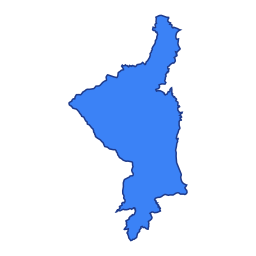 the district of Florián, Santander, Colombia, rotated 90°
{"feature_id": "7082276B44314781423547", "entity_name": "Florián", "entity_type": "district", "adm_level": 2, "iso_a3": "COL", "parent_name": "Colombia", "parent_adm1": "Santander", "projection": "orthographic", "projection_center": [-73.956, 5.787], "detail": "fine", "context": "isolated", "style": "filled", "palette": "blue", "viewbox_px": 256, "rotation_deg": 90, "n_neighbors": 0, "source": "geoboundaries", "source_scale": "gbopen_adm2", "svg_char_len": 5719}
<svg xmlns="http://www.w3.org/2000/svg" viewBox="0 0 256 256"><g transform="rotate(90 128 128)"><path d="M17.2,100.1L18.6,99.7L22.0,100.0L23.3,99.5L23.9,100.6L24.6,101.0L27.3,100.4L27.6,100.6L27.8,101.4L27.2,102.9L29.6,103.4L30.3,102.9L30.5,102.5L30.4,101.2L32.2,100.1L32.0,99.4L32.2,99.0L33.2,99.0L34.0,98.5L34.6,98.4L37.2,99.3L38.0,99.1L39.6,99.8L40.5,100.6L42.5,100.7L43.9,101.2L46.9,103.2L48.6,104.0L49.6,103.7L50.9,104.6L52.1,104.7L53.5,105.9L55.4,105.7L56.3,106.1L57.3,106.3L60.9,108.5L61.8,109.7L64.3,110.5L64.6,111.0L62.4,113.3L64.0,115.2L64.6,118.8L66.5,120.3L66.6,121.1L66.1,121.5L66.1,122.2L65.5,123.2L65.5,123.5L66.3,124.3L65.8,124.9L66.1,125.5L65.4,126.5L65.6,126.8L66.7,127.0L66.9,127.3L66.2,128.5L65.6,128.8L65.6,130.1L64.9,130.5L65.6,131.6L65.9,132.9L65.1,133.7L66.1,134.4L68.8,132.6L69.7,132.5L70.2,134.6L71.6,136.2L72.4,137.5L72.8,137.8L76.0,138.2L77.5,139.0L77.6,139.3L76.8,142.4L74.8,148.3L75.4,149.0L77.1,149.9L79.5,149.5L80.4,149.6L81.1,151.4L82.5,153.4L84.7,155.3L85.7,156.4L86.0,157.6L86.1,160.0L88.4,161.9L88.7,162.6L89.3,166.4L89.3,168.8L89.7,169.8L90.7,170.9L91.5,172.2L92.0,172.8L92.0,173.1L92.2,173.4L93.1,173.8L94.8,175.3L94.6,177.1L94.7,179.6L96.9,180.9L98.9,181.3L98.8,182.5L99.0,183.0L100.3,184.1L101.1,184.2L102.3,186.4L102.6,186.8L103.3,187.0L104.8,186.7L105.9,185.3L106.0,184.7L108.2,183.1L109.1,179.7L109.8,178.8L111.8,177.0L112.7,176.6L114.8,174.9L116.3,174.3L117.0,172.3L117.3,172.1L120.9,170.3L121.8,169.0L124.1,168.6L124.8,166.8L126.6,165.2L127.7,164.6L128.7,163.2L129.2,162.9L129.6,162.9L130.4,162.4L131.9,162.4L133.4,161.4L134.6,161.2L135.4,160.6L136.6,160.5L138.1,158.6L139.9,155.6L141.7,154.1L142.5,153.0L146.5,151.3L147.2,148.5L148.9,146.5L149.7,142.8L149.7,140.9L150.1,140.4L150.7,139.8L151.7,139.7L152.7,138.8L155.1,138.1L156.2,137.2L157.5,136.6L158.8,134.4L160.2,132.8L161.2,130.1L161.1,128.0L161.8,124.5L162.0,124.0L162.6,123.5L165.3,123.4L166.5,123.0L170.1,124.3L171.8,123.9L173.2,123.0L174.0,122.7L175.0,122.9L175.7,123.3L176.0,125.9L177.0,126.6L179.5,131.5L180.5,132.0L182.9,132.7L186.7,132.6L190.8,133.3L193.4,133.2L194.1,133.0L195.1,132.3L196.3,132.0L197.9,132.3L198.8,132.0L199.5,131.2L200.1,131.0L201.6,131.0L202.8,131.8L202.3,132.9L203.3,134.2L205.3,134.0L206.4,136.4L206.9,136.6L207.7,135.9L208.3,136.1L209.7,137.5L209.8,138.5L211.9,139.8L211.8,139.3L210.6,138.2L210.8,135.9L209.5,133.4L209.3,132.5L209.7,131.5L209.7,129.3L209.3,127.5L208.6,126.4L208.8,125.0L209.3,124.3L207.8,122.3L207.9,121.3L208.7,121.1L208.9,121.3L209.2,120.6L210.1,120.9L210.9,120.4L213.9,121.5L214.7,122.1L214.9,122.8L214.7,123.5L215.5,123.8L215.4,124.3L216.1,124.8L216.3,125.6L217.9,126.9L218.3,127.0L218.8,126.7L219.9,128.1L220.7,129.9L221.0,130.1L222.3,129.3L222.8,129.6L223.4,129.5L224.1,129.7L224.7,129.3L225.9,129.2L229.3,131.8L229.5,131.6L229.3,129.5L228.8,127.7L230.2,127.9L231.7,128.0L232.0,128.6L233.0,129.0L233.7,128.2L234.6,128.2L235.7,127.6L237.9,127.2L240.6,125.2L240.1,123.8L239.4,123.4L239.3,122.0L237.5,119.4L233.4,118.5L231.6,116.6L231.1,116.3L230.0,116.6L228.1,114.9L227.2,115.2L226.9,115.0L226.4,113.8L227.6,112.8L227.3,111.5L228.7,109.7L229.2,108.5L229.1,107.8L227.5,107.8L226.7,107.3L224.7,107.4L223.7,107.1L221.4,107.6L220.5,106.1L219.0,104.5L218.1,104.1L217.3,104.0L215.8,104.8L214.4,105.2L213.3,106.1L212.1,104.3L212.0,103.2L212.7,101.5L212.4,98.9L211.0,95.6L210.5,95.7L210.2,96.1L208.6,96.1L208.4,95.7L208.1,95.8L208.1,96.4L207.4,96.5L207.5,97.0L207.2,97.1L207.0,96.7L206.6,96.9L206.8,97.1L206.1,97.4L206.3,97.7L205.1,97.5L204.7,97.9L204.9,98.2L204.0,98.7L203.5,99.6L203.0,99.7L202.8,99.2L202.7,99.6L202.3,99.6L202.0,100.1L201.2,99.9L201.1,100.4L200.3,100.6L200.2,101.1L199.7,101.4L198.3,100.7L197.4,98.3L197.3,96.2L196.5,94.4L195.6,93.3L194.5,91.3L194.5,90.1L194.8,89.5L195.3,87.6L194.9,86.0L195.0,82.9L193.1,79.8L192.7,78.1L192.9,77.2L194.1,75.6L194.1,72.3L194.5,71.1L193.6,69.6L192.5,69.0L191.2,69.1L190.2,69.4L189.8,70.0L187.9,71.1L187.5,71.1L186.5,70.1L185.0,69.3L184.8,70.1L183.6,72.4L182.3,73.7L181.1,74.4L179.2,75.0L177.1,75.3L174.9,74.7L173.9,74.9L162.6,79.4L156.3,79.9L152.8,79.8L150.2,80.4L146.6,79.6L143.3,79.2L141.6,78.4L139.9,78.5L139.0,77.9L138.5,77.9L138.5,78.2L139.0,78.9L138.9,79.4L138.5,79.7L137.4,79.5L134.9,79.0L132.7,78.0L129.7,77.2L128.8,76.3L128.1,76.1L125.1,76.9L121.6,76.9L120.2,76.1L120.1,74.7L119.9,74.7L118.1,75.9L117.5,75.7L117.2,74.5L116.5,74.6L115.7,75.3L115.4,76.2L114.8,75.4L113.4,75.3L113.2,74.1L112.3,73.8L112.7,76.6L112.2,76.6L110.3,78.1L107.9,78.3L106.7,76.4L105.8,76.9L106.0,77.8L105.4,78.2L102.7,78.0L102.1,78.2L100.8,80.1L100.5,80.2L99.2,79.5L98.6,79.9L98.2,80.7L96.7,81.5L97.0,82.4L96.0,82.9L94.8,84.0L93.9,83.4L93.2,84.3L92.2,84.0L91.5,84.3L90.0,84.1L87.8,84.4L88.1,84.9L89.2,85.8L89.9,86.1L90.8,86.0L91.7,86.4L91.6,87.7L94.0,88.9L94.3,89.2L94.5,90.5L94.9,90.8L94.2,91.6L93.0,91.8L92.9,92.4L92.3,92.8L91.7,93.8L90.6,96.1L90.9,96.8L90.6,97.9L91.1,99.5L90.3,99.8L89.7,100.3L89.4,100.1L88.7,97.8L87.9,96.8L86.9,96.4L84.8,96.9L83.9,94.2L84.1,91.0L83.8,90.8L82.5,90.1L81.7,90.9L80.6,91.3L79.1,90.7L77.3,90.6L76.1,89.9L74.6,90.4L73.7,89.7L72.8,89.3L72.6,88.2L72.3,88.1L71.6,88.4L71.4,87.4L69.7,87.4L68.9,87.0L68.7,88.2L66.8,88.3L65.8,86.6L64.8,86.0L63.7,84.6L62.9,83.2L63.1,82.4L62.8,82.1L62.7,81.7L61.0,80.7L58.8,81.0L57.6,81.8L55.7,79.1L55.2,79.7L54.1,79.5L53.1,79.9L53.3,79.5L51.8,80.2L52.1,78.9L50.3,77.3L49.5,76.2L48.7,75.9L45.8,77.5L43.8,78.1L38.9,77.5L39.3,79.2L39.0,79.6L37.6,80.1L36.2,80.2L33.4,79.6L32.2,78.9L30.6,77.1L29.9,75.7L29.7,76.5L28.6,78.5L27.4,81.8L27.3,82.3L27.9,82.9L27.6,83.7L26.7,84.1L25.0,84.1L24.6,84.8L24.3,86.3L23.1,85.4L22.9,85.4L22.2,87.3L21.0,88.3L19.2,88.0L18.2,87.3L17.4,87.4L17.2,89.5L15.4,94.5L15.4,95.6L15.6,96.8L17.2,100.1Z" fill="#3b82f6" stroke="#1e3a8a" stroke-width="1.5"/></g></svg>